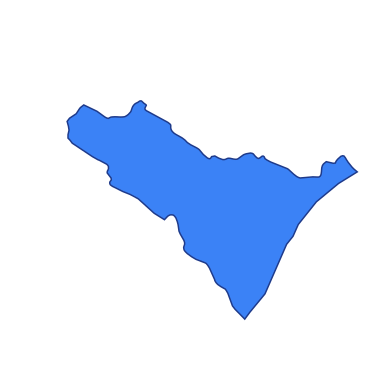 the border of La Libertad, rotated 294°
{"feature_id": "SLV-1346", "entity_name": "La Libertad", "entity_type": "Department", "adm_level": 1, "iso_a3": "SLV", "parent_name": "El Salvador", "parent_adm1": "", "projection": "robinson", "projection_center": [-89.306, 13.743], "detail": "fine", "context": "isolated", "style": "filled", "palette": "blue", "viewbox_px": 384, "rotation_deg": 294, "n_neighbors": 0, "source": "natural_earth", "source_scale": "10m", "svg_char_len": 2605}
<svg xmlns="http://www.w3.org/2000/svg" viewBox="0 0 384 384"><g transform="rotate(294 192 192)"><path d="M277.6,334.8L259.4,322.4L233.6,309.6L205.6,302.3L192.6,302.3L182.7,299.7L128.6,300.1L105.5,293.7L97.3,291.9L98.4,289.2L102.4,279.0L104.4,275.3L114.1,265.9L115.7,263.7L116.8,262.0L117.3,256.8L118.0,253.1L118.9,251.0L119.8,249.6L120.5,248.8L121.3,248.2L129.6,238.9L131.5,236.1L132.5,234.0L132.6,232.6L132.1,223.0L132.7,218.0L133.8,212.8L134.7,210.4L135.5,208.8L136.3,208.0L137.8,207.0L138.7,206.8L141.3,206.5L142.8,205.8L144.4,204.4L148.9,198.3L150.9,196.1L156.6,192.5L159.0,190.6L161.7,187.9L162.7,186.2L163.3,184.6L163.1,183.4L162.7,182.3L162.2,181.4L161.5,180.7L160.7,180.1L159.8,179.6L155.5,178.1L157.2,166.0L163.9,145.7L164.6,136.5L164.3,128.7L164.8,117.0L165.3,114.6L165.9,113.8L166.7,113.2L167.6,112.9L168.6,113.0L169.6,113.3L170.6,113.2L171.9,112.3L174.9,106.8L175.7,106.4L176.8,106.2L178.0,106.3L179.4,106.2L181.4,105.2L182.2,104.1L182.7,102.7L183.3,94.4L183.2,93.0L183.8,86.7L187.9,62.7L189.6,59.7L190.8,56.8L194.0,55.4L198.5,54.5L201.9,52.3L205.7,49.2L209.6,50.1L216.4,54.4L222.7,55.4L223.9,55.8L227.5,57.7L227.1,72.3L225.1,81.7L224.9,84.0L225.2,85.6L227.5,87.5L228.4,89.1L229.5,91.3L231.4,96.2L232.6,98.6L233.6,100.1L235.2,101.3L237.0,102.3L240.1,103.3L241.2,103.4L244.7,103.1L245.9,103.1L247.1,103.3L248.2,103.6L249.2,104.0L250.4,104.8L251.8,106.0L253.8,107.2L254.4,108.1L254.6,108.9L253.6,111.7L253.1,114.1L252.9,114.7L252.6,115.0L249.8,114.9L248.8,115.2L248.1,115.9L247.7,117.4L245.8,141.6L245.2,144.1L244.8,145.0L244.0,145.6L242.1,146.4L241.2,147.0L240.4,147.7L239.3,149.3L238.5,151.4L238.1,153.5L237.4,161.0L236.6,164.4L235.3,167.6L234.6,171.6L234.2,178.5L233.9,180.4L233.6,181.5L230.9,187.0L229.3,192.4L229.4,194.2L230.1,195.1L231.1,195.4L232.3,195.5L234.2,198.2L233.8,202.6L234.1,206.7L234.5,207.8L235.0,208.7L235.7,209.5L237.1,210.7L237.8,211.8L238.3,213.2L239.0,216.6L239.6,218.5L240.3,219.8L241.1,220.5L246.6,223.7L247.3,224.2L248.9,225.9L251.4,229.6L251.8,231.3L251.7,232.6L250.4,235.2L249.6,237.6L249.6,238.9L250.4,239.9L253.3,241.5L253.8,242.5L253.6,243.5L253.0,244.3L252.2,245.0L251.7,247.5L251.4,251.5L252.1,269.5L251.9,270.9L249.6,277.7L248.7,281.5L248.6,283.5L248.8,285.1L254.9,296.1L257.0,301.3L257.6,302.1L258.4,302.6L259.6,302.8L260.8,302.7L262.9,302.1L266.9,300.7L269.1,300.4L270.6,300.6L271.5,300.9L274.3,302.3L275.7,309.4L276.8,311.2L277.7,311.1L279.3,311.2L281.4,311.8L285.2,313.5L286.4,314.9L286.7,316.2L285.7,318.1L283.9,320.6L283.4,321.5L282.8,322.3L279.8,328.1L278.8,330.7L277.6,334.8L277.6,334.8Z" fill="#3b82f6" stroke="#1e3a8a" stroke-width="1.5"/></g></svg>